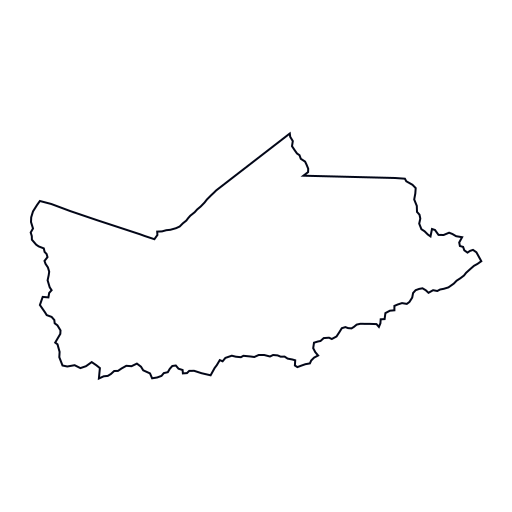 outline of Tunas do Paraná, Paraná, Brazil
{"feature_id": "56859067B8300212409648", "entity_name": "Tunas do Paraná", "entity_type": "district", "adm_level": 2, "iso_a3": "BRA", "parent_name": "Brazil", "parent_adm1": "Paraná", "projection": "robinson", "projection_center": [-48.893, -24.939], "detail": "fine", "context": "isolated", "style": "outline", "palette": "ink", "viewbox_px": 512, "rotation_deg": 0, "n_neighbors": 0, "source": "geoboundaries", "source_scale": "gbopen_adm2", "svg_char_len": 2834}
<svg xmlns="http://www.w3.org/2000/svg" viewBox="0 0 512 512"><path d="M51.3,204.0L39.9,201.0L37.1,204.9L33.0,211.4L31.2,217.3L31.0,222.0L33.0,228.5L30.7,232.5L31.8,236.1L31.9,239.7L36.2,244.7L38.7,246.4L43.8,248.4L44.6,251.9L46.6,254.0L47.5,257.1L44.5,260.9L45.5,263.8L47.9,267.4L49.2,271.7L48.7,275.2L47.6,280.3L49.7,287.3L51.6,290.2L49.2,292.9L48.4,297.4L42.7,296.9L39.9,305.0L45.1,312.5L46.7,315.1L51.6,316.9L54.3,320.0L54.7,323.3L57.4,325.3L60.5,330.4L60.3,333.9L55.2,342.6L57.5,344.3L59.6,351.9L59.3,357.2L62.5,365.5L67.3,366.5L74.6,365.2L80.4,368.1L86.0,366.2L91.7,362.1L96.4,365.3L99.9,368.1L99.4,373.1L98.9,378.5L103.7,376.3L107.8,375.9L110.9,374.0L114.2,371.0L118.0,370.9L121.5,368.5L126.3,365.8L131.5,366.2L136.9,363.6L141.0,366.7L143.2,370.3L150.0,373.4L152.1,378.3L157.1,377.5L161.5,375.9L163.8,373.1L167.8,372.2L169.8,368.8L172.3,366.0L175.8,365.5L178.5,368.7L182.6,370.0L182.9,373.4L187.0,373.1L189.2,370.9L194.1,370.8L201.5,373.2L205.4,374.1L210.6,375.3L214.7,367.9L216.7,365.3L219.8,360.1L222.6,361.3L225.4,357.9L231.8,355.7L235.8,356.7L240.9,357.2L243.4,355.8L250.6,356.5L254.3,357.0L258.7,355.0L264.2,355.0L270.0,356.5L273.1,355.0L277.6,355.4L280.7,356.7L284.6,356.6L287.6,358.6L292.4,359.5L295.2,360.3L294.9,365.5L297.4,367.1L301.4,365.6L305.4,364.2L309.9,363.4L311.2,360.5L314.1,357.6L318.1,355.5L315.3,352.2L313.2,348.2L314.0,342.7L317.9,341.5L320.5,341.0L323.7,338.1L329.0,337.7L331.8,339.0L336.5,336.5L339.4,332.1L341.8,328.2L345.4,327.1L348.0,328.1L351.5,328.4L353.9,326.9L356.7,324.6L360.2,323.8L370.6,323.9L376.5,324.1L378.9,326.9L380.4,323.3L380.7,319.3L384.6,319.1L385.4,313.1L389.9,310.7L394.4,310.3L394.4,305.9L397.7,304.5L402.0,303.1L406.8,303.9L409.4,302.0L412.2,297.6L413.1,293.0L415.6,290.2L419.2,288.9L422.5,288.3L425.7,290.2L428.5,292.8L433.1,290.2L437.3,291.0L440.1,289.5L443.8,288.8L448.4,287.4L453.8,283.6L456.6,280.7L460.3,278.3L464.0,275.5L466.1,272.8L470.2,269.1L474.0,265.8L477.3,264.0L481.3,261.2L476.4,252.3L473.0,249.9L470.0,250.9L467.5,252.6L464.3,250.3L463.1,246.9L459.9,246.0L459.2,242.5L462.1,237.2L456.1,236.2L452.4,234.0L449.1,232.7L443.6,235.0L438.5,234.9L435.0,230.0L432.0,229.0L430.5,236.4L427.8,234.5L424.6,231.3L421.4,229.2L419.2,223.6L420.3,218.6L419.5,214.7L417.0,211.9L416.8,205.9L414.2,199.5L415.3,193.5L415.7,188.1L412.5,184.8L406.3,181.3L404.9,178.7L395.1,178.0L303.4,175.7L308.1,172.1L308.2,168.7L306.6,164.8L305.1,161.6L300.8,158.8L299.5,155.2L297.0,153.5L294.6,150.1L292.0,146.2L292.8,141.1L290.2,136.8L289.8,133.5L216.2,190.4L214.0,192.6L211.0,195.4L206.9,199.5L204.5,202.6L200.7,206.5L197.1,209.5L194.7,212.2L190.3,215.7L188.1,218.2L186.3,220.6L182.9,223.3L179.7,226.5L176.0,228.2L170.3,229.8L166.3,230.2L162.0,231.4L157.2,231.6L157.4,235.0L154.4,239.2L144.7,236.0L140.1,234.3L97.1,220.2L70.3,211.1L51.3,204.0Z" fill="none" stroke="#020617" stroke-width="2"/></svg>